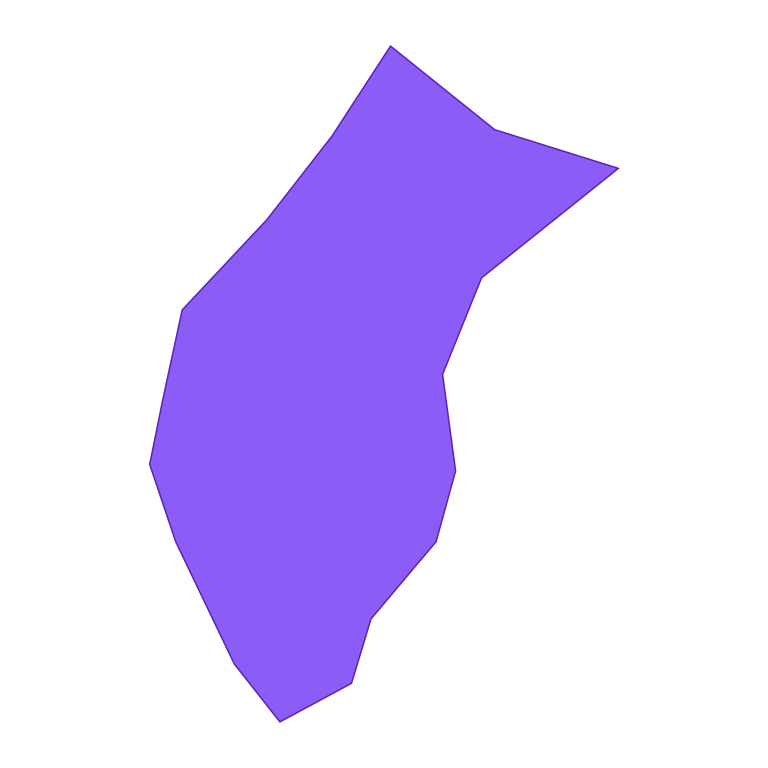 the district of Apliki, Nicosia, Cyprus
{"feature_id": "46923920B32848229557402", "entity_name": "Apliki", "entity_type": "district", "adm_level": 2, "iso_a3": "CYP", "parent_name": "Cyprus", "parent_adm1": "Nicosia", "projection": "robinson", "projection_center": [33.116, 34.918], "detail": "fine", "context": "isolated", "style": "filled", "palette": "violet", "viewbox_px": 768, "rotation_deg": 0, "n_neighbors": 0, "source": "geoboundaries", "source_scale": "gbopen_adm2", "svg_char_len": 347}
<svg xmlns="http://www.w3.org/2000/svg" viewBox="0 0 768 768"><path d="M618.3,168.4L494.7,129.7L390.5,46.1L331.9,136.2L266.8,219.8L182.2,309.9L162.7,400.1L149.7,464.4L175.7,541.7L234.3,664.0L279.9,721.9L351.5,683.3L371.0,618.9L436.1,541.7L455.6,470.9L442.6,374.3L481.6,277.8L618.3,168.4Z" fill="#8b5cf6" stroke="#5b21b6" stroke-width="1.5"/></svg>